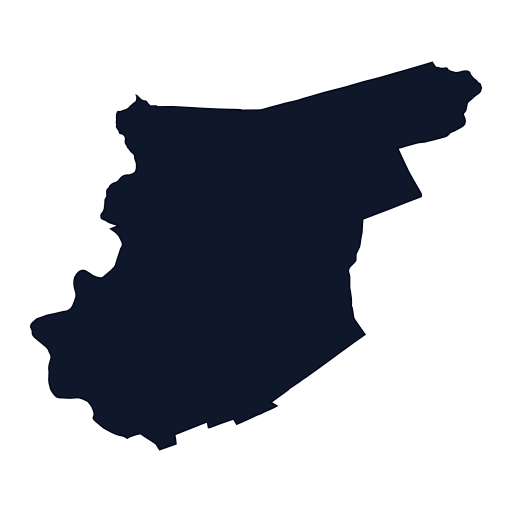 Ghimpeteni, Olt, Romania (Robinson projection)
{"feature_id": "2599482B72624598391885", "entity_name": "Ghimpeteni", "entity_type": "district", "adm_level": 2, "iso_a3": "ROU", "parent_name": "Romania", "parent_adm1": "Olt", "projection": "robinson", "projection_center": [24.795, 44.293], "detail": "fine", "context": "isolated", "style": "filled", "palette": "ink", "viewbox_px": 512, "rotation_deg": 0, "n_neighbors": 0, "source": "geoboundaries", "source_scale": "gbopen_adm2", "svg_char_len": 5970}
<svg xmlns="http://www.w3.org/2000/svg" viewBox="0 0 512 512"><path d="M365.0,334.5L355.2,320.6L354.1,318.8L353.9,318.1L353.5,317.2L352.8,312.2L352.0,307.5L351.2,306.0L351.4,303.1L351.2,298.1L350.5,292.8L349.6,287.9L349.6,282.6L349.6,276.4L349.1,274.1L348.4,272.0L348.3,270.5L349.0,268.1L350.2,266.5L354.2,262.4L355.4,261.0L355.8,259.8L355.9,255.0L356.1,253.7L357.1,251.6L359.4,246.9L360.1,243.4L360.6,239.2L361.9,232.5L362.7,219.1L391.3,208.2L405.3,202.6L420.9,196.7L421.4,195.8L421.2,194.3L420.9,193.5L420.4,192.4L415.1,183.3L410.2,174.6L408.1,170.7L403.8,161.6L397.6,148.2L401.0,147.5L406.8,145.7L417.1,142.9L418.3,142.6L422.5,142.1L424.8,142.0L426.1,141.5L432.6,140.0L444.5,136.8L446.8,135.9L448.1,134.8L450.2,132.6L451.1,132.1L454.5,130.7L459.0,128.3L462.7,126.1L464.4,124.4L464.9,123.0L465.2,121.3L464.7,118.2L463.8,116.2L463.4,114.9L463.3,113.9L463.5,113.1L464.3,112.3L465.0,111.4L465.5,110.6L465.9,109.7L466.4,107.2L466.9,104.4L467.0,103.6L467.5,102.7L468.0,102.0L469.0,101.0L472.0,98.6L473.6,97.0L476.4,94.7L477.9,93.8L478.9,93.0L479.7,92.2L480.4,91.2L481.2,88.4L481.3,87.8L481.0,86.9L480.8,86.3L480.3,84.4L479.9,83.9L479.2,83.5L478.3,83.0L477.2,81.9L476.7,81.1L476.0,80.4L474.5,79.3L473.1,78.0L471.5,76.2L470.3,74.5L470.0,73.4L469.6,72.5L468.7,71.8L467.4,71.2L464.9,71.1L463.2,71.4L462.7,71.4L459.8,72.2L457.7,72.6L455.8,72.7L453.5,72.2L450.5,71.3L449.1,70.6L448.3,70.1L447.8,69.7L447.4,69.0L447.0,68.4L446.8,68.2L446.5,68.1L445.9,68.1L445.4,68.1L443.7,68.4L440.8,68.4L439.5,68.2L439.0,67.9L436.0,67.4L435.5,67.1L434.9,66.4L433.3,64.0L432.3,62.3L428.2,63.6L423.2,65.1L401.3,71.5L396.8,72.7L388.7,75.1L379.3,77.8L362.9,82.0L346.1,86.9L341.3,88.2L332.2,90.5L323.7,92.7L311.2,96.4L303.0,98.7L301.3,99.3L297.2,100.6L292.0,101.8L284.6,103.5L278.2,105.3L270.2,107.4L263.3,109.4L260.1,110.1L258.6,110.1L240.7,110.3L240.7,109.8L232.9,109.5L230.0,109.5L219.3,109.2L210.5,108.8L201.9,108.4L192.3,107.8L172.6,106.7L157.1,106.9L156.5,106.0L150.0,106.1L149.8,105.8L149.4,105.4L149.0,104.9L148.4,104.4L146.1,101.3L145.0,101.1L144.3,101.1L143.4,100.9L141.7,100.2L141.0,99.7L137.8,96.6L137.0,95.8L136.6,95.6L136.8,96.1L136.9,96.4L137.0,96.8L136.9,98.2L136.8,99.5L136.6,100.4L136.4,101.1L136.0,101.7L134.8,102.8L133.7,103.4L133.4,103.6L132.6,104.6L132.1,104.9L131.3,105.5L129.8,106.9L129.1,107.8L128.3,108.5L127.4,109.1L126.3,109.6L125.4,110.0L123.6,110.5L122.3,111.0L121.8,111.3L120.7,111.6L120.1,111.7L118.6,111.7L117.9,111.7L117.6,112.1L117.0,113.6L116.7,114.4L116.6,116.3L116.8,119.8L116.4,122.8L116.5,123.3L116.8,123.9L116.9,124.7L116.8,125.4L116.6,126.3L116.6,126.8L116.8,127.3L117.2,128.0L118.0,129.1L119.2,131.0L119.4,132.2L119.6,132.7L119.7,133.0L120.3,133.4L121.9,133.7L122.5,133.8L124.0,135.0L124.5,135.5L124.8,135.9L125.4,137.3L125.6,137.6L125.6,138.2L125.6,138.9L125.6,139.4L125.5,139.8L125.4,141.0L125.4,141.9L125.5,142.9L125.7,143.6L126.1,144.2L126.7,145.0L127.8,147.3L128.5,148.3L129.7,149.6L130.1,150.1L130.8,151.2L131.3,151.8L132.0,152.3L132.6,152.8L133.7,153.9L134.1,154.3L134.5,155.1L134.6,155.4L134.6,156.0L134.8,157.5L134.9,158.3L135.2,159.3L135.4,159.9L136.1,162.0L136.3,162.8L136.5,163.8L136.7,164.6L136.5,166.6L136.7,167.8L136.5,168.7L135.9,170.8L135.7,171.4L135.4,171.9L134.5,172.8L133.3,173.6L132.1,174.2L129.5,175.0L128.4,175.1L126.9,175.1L126.0,175.2L123.6,175.9L122.7,176.4L121.9,177.0L121.3,177.5L121.0,177.7L119.8,179.2L119.2,180.0L117.3,181.8L116.7,182.2L116.2,182.4L115.8,182.6L115.2,182.7L113.7,183.2L112.5,183.9L112.0,184.1L111.2,184.9L110.5,185.4L110.2,185.7L109.5,187.0L108.9,188.0L107.3,189.6L107.2,189.9L107.1,190.5L106.8,191.2L106.9,193.6L107.0,195.8L106.8,196.7L106.5,197.3L105.8,198.5L105.7,199.0L105.6,199.3L105.3,199.5L105.2,199.8L105.1,200.1L105.1,201.0L105.0,202.8L105.0,203.8L105.0,204.5L104.7,205.9L104.6,206.4L104.6,207.1L104.6,207.7L104.6,208.3L104.4,208.8L103.8,210.4L103.6,211.1L103.0,212.2L102.4,213.0L101.8,213.5L101.5,213.8L101.5,214.0L101.2,214.7L101.1,215.1L101.0,215.7L101.2,217.9L101.4,218.1L101.8,218.5L102.2,218.8L103.0,219.1L103.6,219.5L104.0,219.6L105.2,220.1L106.0,220.5L106.9,221.1L107.6,221.6L109.2,222.4L110.3,222.9L112.2,223.5L113.3,223.9L113.9,224.1L115.2,224.3L116.5,225.0L117.6,225.6L118.0,226.0L110.7,228.8L111.1,229.1L115.3,232.0L118.6,235.3L120.6,238.8L122.1,242.2L122.6,244.7L122.2,246.3L120.8,248.7L117.1,260.0L115.4,265.7L114.0,267.6L111.0,270.7L107.3,273.8L103.7,276.9L101.9,278.0L99.5,277.9L96.3,277.2L92.6,275.6L89.9,273.7L85.6,271.0L83.5,270.4L81.4,270.6L79.2,271.7L77.2,273.6L74.7,277.6L74.1,280.8L74.0,284.0L74.4,286.9L75.2,290.3L76.1,293.6L76.1,296.6L75.1,299.9L74.0,302.8L72.7,306.0L71.4,308.0L69.8,309.6L67.1,311.1L62.8,311.8L55.7,313.5L46.8,315.4L41.1,317.5L37.0,318.9L34.9,320.7L32.8,322.5L31.2,324.4L30.7,326.8L31.8,329.6L32.5,331.4L32.3,333.3L32.9,335.0L34.3,336.9L37.1,339.3L43.2,344.3L46.3,346.9L48.1,348.9L49.2,351.5L50.3,353.8L51.1,355.7L51.1,358.3L49.6,363.4L49.0,366.2L48.9,369.1L49.2,371.5L49.1,374.3L48.9,380.4L49.3,383.4L50.7,389.0L52.0,391.4L53.4,393.4L55.2,395.5L56.7,396.9L59.1,397.6L70.0,398.1L74.8,397.8L77.2,397.6L79.7,397.8L82.9,398.9L84.8,399.8L86.9,400.8L88.3,401.6L89.3,403.1L90.9,405.1L92.0,406.9L93.1,409.4L94.2,413.0L94.2,415.2L93.6,416.7L93.2,418.1L93.9,419.3L95.4,421.0L103.7,427.9L107.9,430.2L111.5,432.1L116.4,434.3L119.5,435.2L122.7,435.8L125.3,436.9L127.1,438.2L129.7,436.7L135.8,434.6L137.7,434.1L140.6,433.6L144.9,436.6L148.7,439.0L154.2,442.6L155.9,443.8L156.6,444.7L158.3,447.6L159.6,449.7L176.0,443.9L175.4,438.9L174.7,434.6L206.8,421.9L207.2,421.9L207.5,422.4L208.0,424.9L208.2,426.1L208.5,427.5L209.0,427.7L209.4,427.6L221.5,423.1L233.6,418.9L234.3,420.1L235.0,421.3L236.7,424.2L239.8,422.9L247.4,419.5L257.7,414.7L259.8,414.0L261.5,413.3L263.3,412.3L268.7,409.9L273.1,407.9L276.9,405.9L270.8,402.4L287.7,390.1L289.7,388.2L293.8,385.5L295.9,384.0L297.4,383.0L298.9,382.1L302.6,379.3L307.4,376.1L310.4,373.9L318.8,367.9L321.2,366.1L326.8,362.1L337.2,354.4L355.2,341.3L364.2,335.0L365.0,334.5Z" fill="#0f172a" stroke="#020617" stroke-width="1.5"/></svg>